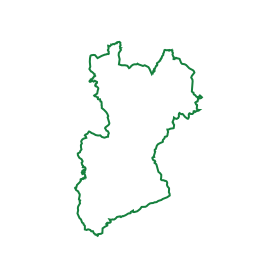 Antanifotsy, Vakinankaratra, Madagascar (orthographic projection), rotated 243°
{"feature_id": "10022922B69082959012584", "entity_name": "Antanifotsy", "entity_type": "district", "adm_level": 2, "iso_a3": "MDG", "parent_name": "Madagascar", "parent_adm1": "Vakinankaratra", "projection": "orthographic", "projection_center": [47.552, -19.75], "detail": "fine", "context": "isolated", "style": "outline", "palette": "green", "viewbox_px": 256, "rotation_deg": 243, "n_neighbors": 0, "source": "geoboundaries", "source_scale": "gbopen_adm2", "svg_char_len": 5854}
<svg xmlns="http://www.w3.org/2000/svg" viewBox="0 0 256 256"><g transform="rotate(243 128 128)"><path d="M57.2,43.5L55.9,44.9L55.9,46.1L55.5,46.9L54.2,48.1L52.6,48.4L52.0,49.9L49.6,49.8L48.7,50.4L47.7,50.5L47.2,51.6L46.2,51.7L45.7,52.0L45.9,52.4L46.6,52.3L47.0,52.7L46.8,53.9L46.0,55.8L46.1,57.5L50.1,59.8L50.5,62.4L50.5,65.3L51.4,65.8L52.4,65.1L52.9,66.2L52.5,66.7L52.7,67.1L52.4,67.3L52.0,68.5L51.8,69.1L52.0,69.8L52.3,70.1L54.9,70.0L53.9,71.2L53.6,72.7L52.8,73.9L52.9,75.6L53.7,77.9L53.0,80.5L52.8,80.9L52.3,80.8L51.8,81.2L52.0,83.1L51.6,83.6L51.4,86.3L51.7,89.7L51.1,90.9L51.0,91.6L51.9,92.3L52.1,95.0L51.5,94.8L51.1,94.3L50.6,94.7L50.2,95.5L49.6,98.5L50.3,102.0L51.5,104.3L49.9,107.7L49.9,109.1L50.5,111.1L50.8,113.2L50.5,114.6L49.8,116.2L49.7,118.1L49.2,119.1L49.0,120.0L49.3,121.9L48.7,125.1L49.0,126.6L48.5,131.4L48.9,134.5L50.5,135.2L52.3,135.3L55.1,137.0L56.0,137.2L57.8,136.7L59.7,136.9L61.2,138.0L62.4,138.2L63.0,138.1L63.8,137.5L64.2,136.8L65.2,136.1L66.1,134.5L67.0,134.0L67.3,134.0L69.0,135.2L71.2,136.4L73.1,136.1L75.1,135.2L82.3,136.7L83.1,136.7L84.9,135.8L85.4,136.3L85.6,137.0L86.3,137.1L86.9,137.0L87.8,136.0L89.5,135.9L90.3,136.1L90.6,136.6L90.3,138.2L91.3,138.3L94.6,141.5L95.2,141.3L96.5,142.0L96.7,143.3L99.1,145.6L99.9,147.2L100.0,149.7L99.8,152.6L100.0,152.9L100.9,153.2L101.5,153.7L102.2,155.7L103.3,156.7L103.4,157.3L102.9,158.5L103.0,159.0L103.8,160.0L105.2,160.9L106.2,161.9L108.7,162.4L108.3,163.3L108.1,164.5L108.2,165.3L107.2,168.2L107.2,168.7L109.8,170.5L110.8,170.3L111.5,170.5L112.1,170.3L112.4,170.6L113.1,170.4L115.1,172.8L116.4,173.7L115.2,174.3L114.2,175.2L114.0,175.7L114.2,176.5L114.1,177.2L115.1,178.6L116.8,179.3L117.7,180.0L118.0,180.7L116.1,181.7L115.8,182.9L115.5,183.1L111.9,183.9L109.3,185.2L109.0,185.9L110.1,187.2L112.5,188.3L113.1,189.1L113.1,189.7L112.1,190.2L111.3,191.6L111.5,192.9L113.1,194.1L112.8,195.0L112.6,195.1L112.2,194.7L111.8,195.1L112.0,196.7L111.4,198.8L111.6,199.8L111.9,199.2L113.0,198.3L113.8,198.0L114.5,198.3L117.0,200.0L117.3,200.0L118.0,199.4L120.1,199.5L120.3,200.1L120.1,202.1L121.0,202.5L121.3,203.4L122.5,203.7L122.4,204.5L121.6,205.9L121.5,206.9L121.8,207.8L124.3,206.9L124.4,206.7L123.8,206.1L123.7,205.5L123.9,204.2L124.7,203.2L126.7,202.8L128.1,201.9L129.8,202.4L130.5,201.7L131.6,201.5L140.3,206.8L141.9,207.4L144.2,207.2L145.4,208.5L147.2,212.3L148.6,212.5L150.0,212.1L153.4,209.7L157.7,208.4L159.1,207.4L160.6,205.3L161.9,204.9L166.2,205.3L167.5,203.9L167.8,203.2L168.3,203.1L168.8,202.6L168.8,202.0L168.2,200.8L168.7,199.9L170.6,201.0L171.4,200.8L173.3,201.0L174.4,202.1L175.6,202.0L176.9,202.7L177.3,202.3L177.6,202.4L177.6,201.7L178.6,200.5L178.3,199.7L179.0,199.5L179.8,197.6L180.8,196.4L180.8,195.8L178.8,194.1L178.4,193.2L177.1,192.6L176.4,190.8L175.1,189.8L175.0,188.9L174.4,188.6L174.3,187.9L173.4,187.3L173.5,186.6L172.9,185.5L172.6,183.3L172.0,182.8L171.2,182.9L170.7,182.5L170.4,182.0L170.5,181.1L168.5,178.7L168.8,178.2L168.6,177.9L167.9,177.9L167.7,177.1L166.7,177.5L166.4,176.7L166.9,176.4L166.9,176.1L166.7,175.9L166.3,176.0L166.1,175.1L165.4,174.8L165.7,174.3L165.3,173.7L171.2,174.0L173.0,173.8L176.3,171.4L176.5,169.5L180.0,166.2L181.0,165.7L180.8,164.7L181.9,162.4L182.1,160.8L181.7,158.9L181.0,157.4L180.9,156.1L183.7,155.7L185.3,153.8L186.8,150.8L188.8,148.8L193.1,151.8L197.1,152.7L199.0,153.9L200.8,157.2L202.1,157.1L202.5,157.3L202.6,157.9L203.1,157.4L203.6,157.8L204.4,157.8L205.1,159.0L206.8,159.4L207.4,159.9L208.6,159.5L209.2,157.9L209.0,157.4L209.3,156.8L209.0,156.4L208.8,156.7L208.6,156.5L209.1,155.3L208.8,153.9L209.6,152.9L209.6,151.0L209.9,150.8L209.6,150.5L209.0,148.9L209.2,148.4L210.1,148.0L210.3,147.7L207.9,146.9L207.3,146.5L206.7,145.5L206.1,145.3L205.0,145.6L204.4,145.1L203.3,144.9L202.7,144.2L203.4,142.9L203.5,141.7L203.9,140.6L204.2,137.3L204.1,132.6L207.9,131.7L208.7,130.6L209.5,128.3L209.3,127.3L207.4,125.8L204.3,124.0L199.7,122.2L198.1,120.4L195.2,120.7L194.3,121.4L192.6,122.1L191.4,122.3L191.1,122.7L190.0,122.3L189.3,122.4L189.1,121.7L189.4,121.0L188.5,119.9L188.5,119.3L187.9,118.9L188.2,116.9L187.1,116.4L187.5,115.4L187.1,114.9L186.6,114.9L186.2,115.5L186.2,116.5L186.6,117.4L184.9,118.5L185.2,119.8L183.1,121.3L182.3,120.9L182.0,119.3L181.5,119.1L181.1,118.2L180.6,118.0L179.9,118.1L179.5,118.8L177.8,119.5L177.1,119.6L176.4,119.3L175.2,118.1L172.7,116.2L172.3,112.6L171.5,112.7L170.9,113.6L169.3,114.6L168.9,115.1L168.0,114.4L167.4,114.3L166.9,114.7L166.3,116.1L164.2,115.5L163.7,116.1L163.2,116.2L161.2,115.4L160.5,114.8L159.8,114.8L157.7,113.7L155.0,114.9L152.0,115.8L150.1,116.0L147.6,115.8L147.1,115.4L146.8,114.7L140.8,113.6L139.9,112.8L139.5,111.9L138.8,108.2L138.3,107.5L135.5,107.6L134.2,108.6L132.3,108.6L131.7,108.3L131.2,107.4L129.3,106.3L129.7,105.2L130.0,102.8L130.4,102.2L132.0,100.6L134.0,100.0L134.9,97.9L136.4,96.0L138.6,94.6L140.0,93.3L141.6,92.5L142.4,91.9L142.6,91.5L141.3,89.3L141.4,87.0L141.0,86.2L139.5,86.6L138.2,86.4L138.7,83.5L138.5,82.1L137.9,80.9L137.1,80.1L135.2,79.9L134.5,78.7L134.0,78.2L132.0,77.3L130.0,76.8L129.2,75.1L128.2,74.2L128.1,71.7L126.5,71.0L123.5,71.1L121.3,72.4L119.1,72.5L118.6,72.2L118.1,70.9L115.9,70.4L114.7,70.9L114.4,70.8L113.5,69.9L113.3,70.1L113.3,71.0L112.7,71.7L112.0,71.9L110.9,71.7L109.7,70.6L109.8,69.9L110.7,69.8L110.6,68.2L110.5,67.9L109.5,67.7L109.7,67.1L109.4,66.6L107.7,66.5L107.7,66.9L108.0,67.3L107.7,68.2L108.2,68.9L108.0,69.2L106.8,68.1L105.7,68.4L103.1,67.8L103.2,67.5L104.0,67.7L103.9,67.0L102.8,66.4L103.6,65.4L103.1,64.9L103.5,64.6L103.3,64.2L103.8,63.3L103.8,62.5L103.2,62.1L102.7,62.3L102.4,62.0L101.5,60.2L100.4,56.7L98.3,54.8L98.8,54.1L98.6,53.6L96.3,53.6L94.0,54.9L93.3,54.7L90.9,54.9L89.6,54.2L86.8,51.9L86.2,51.9L85.2,52.5L84.2,51.4L82.7,51.1L81.0,48.4L80.3,47.6L79.3,46.9L77.3,46.2L74.8,44.2L69.8,43.9L67.9,44.6L64.6,44.2L63.2,45.0L62.0,44.6L61.1,45.0L60.3,45.1L57.2,43.5Z" fill="none" stroke="#15803d" stroke-width="2"/></g></svg>